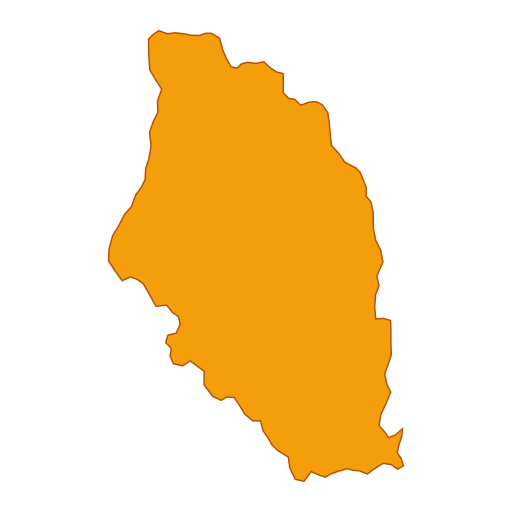 the district of Divino de São Lourenço, Espírito Santo, Brazil
{"feature_id": "56859067B39988087600480", "entity_name": "Divino de São Lourenço", "entity_type": "district", "adm_level": 2, "iso_a3": "BRA", "parent_name": "Brazil", "parent_adm1": "Espírito Santo", "projection": "equal_earth", "projection_center": [-41.721, -20.586], "detail": "fine", "context": "isolated", "style": "filled", "palette": "amber", "viewbox_px": 512, "rotation_deg": 0, "n_neighbors": 0, "source": "geoboundaries", "source_scale": "gbopen_adm2", "svg_char_len": 1854}
<svg xmlns="http://www.w3.org/2000/svg" viewBox="0 0 512 512"><path d="M390.7,392.3L386.9,384.4L384.7,373.8L387.3,366.8L391.3,355.0L390.9,342.7L390.9,330.1L390.6,320.5L383.4,318.4L375.7,318.9L374.7,306.7L375.6,294.5L379.0,286.1L376.8,276.0L382.9,262.3L380.7,250.0L375.7,240.3L373.4,228.5L373.2,213.0L371.0,202.0L366.2,196.3L366.2,187.3L363.2,179.8L360.4,172.8L356.0,168.0L350.2,165.1L344.4,161.8L339.4,154.3L331.5,145.4L330.3,135.0L329.4,124.0L327.8,112.7L322.2,104.7L316.2,101.7L309.0,102.2L300.5,105.2L294.7,99.3L288.7,98.5L283.1,92.4L283.4,82.8L283.1,73.6L276.5,72.0L269.7,67.4L263.9,61.8L255.5,63.4L247.4,62.3L241.5,63.9L236.8,68.2L231.1,66.9L226.1,58.0L222.7,49.7L219.6,38.2L211.4,33.3L205.5,33.3L199.2,35.5L192.0,35.3L183.8,33.8L175.2,32.8L167.3,33.7L158.8,30.7L153.2,34.5L148.5,39.2L148.8,55.3L149.7,69.8L156.3,80.8L161.7,89.1L157.5,101.2L157.9,112.4L153.5,121.0L149.5,132.3L151.1,145.8L148.9,158.8L145.7,168.5L145.1,179.5L141.7,186.7L135.7,195.0L131.6,206.3L124.4,214.6L118.8,225.6L112.5,236.1L109.1,248.8L108.5,260.9L115.1,270.9L122.2,280.7L130.5,277.0L137.3,279.4L143.5,284.0L149.9,295.3L156.1,306.3L166.7,305.1L172.6,312.6L178.6,316.7L180.1,324.4L176.3,333.1L167.9,335.2L165.7,342.7L171.3,348.3L170.1,356.2L173.5,363.8L182.6,365.8L190.1,360.9L198.2,366.8L204.2,371.4L204.0,384.8L213.0,396.6L221.2,400.3L227.1,397.0L234.0,397.4L238.7,404.1L244.8,414.1L252.7,420.8L260.5,420.9L263.1,430.9L268.1,437.8L271.9,444.8L278.0,450.7L288.3,457.1L289.7,467.4L295.3,479.3L304.0,481.3L311.2,471.6L318.7,474.9L325.2,477.2L330.4,474.1L338.8,471.1L347.2,468.7L353.1,470.3L359.4,470.8L367.4,474.1L373.1,469.7L383.1,463.3L391.3,464.6L397.7,469.2L403.5,465.7L401.0,458.2L397.1,452.7L399.1,444.3L401.6,436.8L402.5,428.8L395.1,435.2L388.5,437.6L384.7,431.9L379.0,425.5L380.9,414.5L386.5,402.4L390.7,392.3Z" fill="#f59e0b" stroke="#b45309" stroke-width="1.5"/></svg>